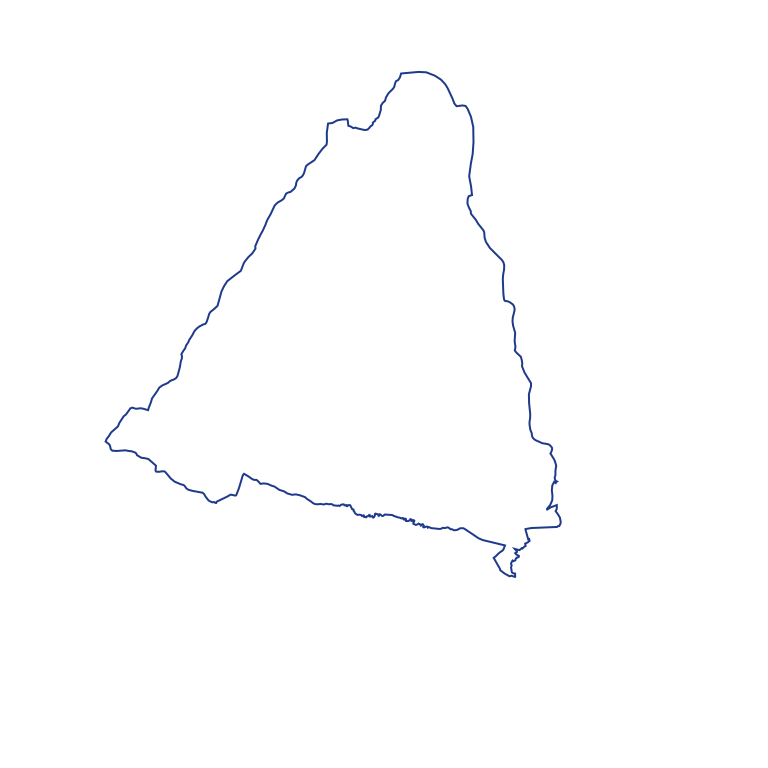 the district of Capu Campului, Suceava, Romania, rotated 48°
{"feature_id": "2599482B47808933658388", "entity_name": "Capu Campului", "entity_type": "district", "adm_level": 2, "iso_a3": "ROU", "parent_name": "Romania", "parent_adm1": "Suceava", "projection": "mercator", "projection_center": [25.961, 47.503], "detail": "fine", "context": "isolated", "style": "outline", "palette": "blue", "viewbox_px": 768, "rotation_deg": 48, "n_neighbors": 0, "source": "geoboundaries", "source_scale": "gbopen_adm2", "svg_char_len": 6165}
<svg xmlns="http://www.w3.org/2000/svg" viewBox="0 0 768 768"><g transform="rotate(48 384 384)"><path d="M357.1,590.7L358.0,589.3L359.5,588.9L360.1,588.3L359.5,587.1L362.7,576.1L363.6,572.0L367.6,569.0L367.7,568.1L364.3,561.4L357.3,549.9L357.1,548.1L361.9,546.6L366.8,545.5L368.4,544.6L370.0,542.9L372.3,542.6L375.6,542.6L377.3,540.0L380.4,537.3L383.7,535.9L387.0,534.0L392.7,532.6L397.1,530.0L400.4,529.2L404.8,526.5L407.1,523.3L410.5,520.9L415.2,518.4L417.6,518.2L422.4,516.9L425.0,516.5L427.3,515.5L429.4,513.3L430.5,511.6L433.3,509.3L434.1,507.4L434.8,506.6L436.0,505.9L437.9,503.6L439.1,502.9L440.4,502.7L443.2,500.2L443.8,499.2L444.7,498.8L445.0,498.4L445.0,496.8L445.8,495.3L446.6,494.4L447.7,494.6L448.1,494.2L448.7,493.0L449.0,492.8L449.8,493.4L450.1,493.2L450.3,491.4L451.1,490.4L451.7,490.3L455.7,491.4L457.0,490.7L457.9,491.5L459.0,491.4L460.1,491.9L461.3,491.9L463.4,491.4L464.5,489.9L465.9,488.7L467.5,488.7L467.7,487.3L467.9,487.1L468.3,486.9L469.6,487.7L470.2,486.8L471.1,486.5L471.0,485.2L471.6,484.1L471.4,482.6L472.1,482.3L473.2,483.0L474.4,481.1L475.6,481.5L476.0,481.5L476.1,481.1L476.2,480.3L475.5,478.6L474.7,477.9L474.5,477.5L474.6,477.1L477.0,475.6L478.0,476.2L478.5,476.1L478.0,474.3L478.4,474.0L480.4,473.8L481.1,473.5L481.4,472.9L481.6,470.7L486.6,465.8L487.4,465.3L488.7,465.0L489.4,464.5L492.4,462.9L494.2,461.5L495.5,461.1L495.8,460.6L496.1,459.7L496.6,459.4L497.7,460.0L498.2,459.8L498.2,458.7L498.5,458.1L499.2,458.1L499.7,459.0L500.6,459.3L501.6,458.3L502.2,457.2L502.4,456.2L502.1,454.8L503.4,454.2L504.2,455.1L504.6,454.6L505.1,453.0L506.0,453.0L506.4,453.6L506.5,454.6L506.8,455.2L507.6,455.7L510.0,454.6L510.6,453.5L511.0,451.6L512.9,451.0L513.6,451.4L513.9,451.4L513.8,449.3L514.1,449.0L515.9,449.2L516.2,449.5L516.2,450.3L516.6,450.6L517.3,450.3L518.3,448.0L518.7,447.4L519.2,447.2L520.1,447.5L520.3,446.4L522.7,445.3L528.3,440.3L529.3,439.2L529.9,438.1L530.2,436.5L531.8,435.2L533.1,432.6L534.4,432.0L536.4,431.8L537.3,430.7L539.5,429.9L540.7,428.3L541.4,427.1L542.2,423.9L544.1,421.7L545.4,421.1L562.1,416.9L566.1,415.0L584.9,402.1L587.0,406.2L587.1,407.3L586.7,410.0L586.6,412.7L586.8,416.1L586.6,418.8L598.9,421.5L600.3,422.2L605.5,421.2L610.8,419.4L611.2,418.8L611.7,417.6L615.0,415.8L614.7,415.1L613.6,414.4L612.6,413.4L611.0,414.7L609.5,415.0L605.3,412.3L604.1,410.4L602.6,409.9L601.8,408.4L601.4,407.3L601.3,406.5L602.2,406.4L602.9,404.4L602.0,402.9L601.9,401.4L602.4,400.9L602.6,399.3L601.9,398.8L599.0,399.8L597.5,399.7L597.8,397.5L597.1,397.2L594.0,397.2L598.1,394.5L598.2,391.4L598.9,391.2L598.8,388.9L599.1,387.1L597.1,385.9L597.9,383.1L598.0,380.8L596.3,379.9L596.0,380.8L587.5,376.6L586.5,375.9L589.6,370.9L606.0,351.1L606.1,349.8L606.8,348.8L606.0,346.5L604.7,344.9L600.8,342.6L596.2,341.8L593.4,341.6L592.5,339.5L592.0,338.7L589.6,336.6L587.2,342.8L586.5,346.7L585.9,346.5L585.1,341.4L583.0,336.8L579.9,333.7L575.3,330.4L572.0,326.8L570.6,323.1L572.5,322.7L572.1,321.5L572.2,320.7L571.3,321.1L569.8,321.0L568.2,320.1L567.6,319.6L566.4,317.5L563.0,314.5L561.9,313.0L561.2,312.4L560.6,311.3L559.0,310.2L555.3,308.5L553.2,307.9L547.0,306.8L546.7,305.7L545.1,302.8L543.9,301.9L543.1,301.7L540.2,301.7L538.4,302.4L533.9,306.0L527.0,309.0L524.9,309.4L523.2,309.3L521.8,308.8L519.3,307.1L516.0,305.9L512.1,303.4L509.8,301.5L507.0,298.1L504.0,295.3L495.2,288.9L488.5,283.1L484.1,276.3L481.8,274.2L469.5,271.9L463.0,269.5L461.3,267.5L458.2,265.5L455.4,264.1L449.2,264.6L446.7,264.4L444.3,261.4L439.6,258.3L433.8,252.3L427.0,249.0L423.6,246.7L421.0,244.1L416.5,237.5L414.7,236.1L412.9,235.3L411.1,235.0L407.4,235.8L405.6,236.6L403.1,238.5L402.1,238.4L401.0,237.9L396.3,234.5L385.3,225.3L381.9,221.6L379.3,218.2L376.2,215.2L373.4,213.8L370.8,213.4L353.9,214.3L346.7,213.2L342.7,211.4L338.3,208.0L336.2,207.3L327.8,206.8L323.4,205.9L316.2,205.5L315.0,205.0L313.7,203.9L309.9,202.9L305.8,201.3L302.5,198.0L301.1,195.3L302.5,192.2L295.6,187.2L286.6,181.7L278.2,171.8L272.5,164.3L264.2,155.7L252.7,145.7L243.7,140.6L235.6,137.8L232.0,137.3L229.5,139.3L226.1,144.2L222.5,144.0L217.7,142.1L206.9,138.8L202.2,137.9L195.9,138.0L188.9,139.9L180.7,144.0L175.2,149.5L164.7,163.5L166.8,167.0L167.6,169.9L167.0,172.6L168.4,175.2L170.0,177.5L170.6,179.6L170.9,186.0L172.3,190.6L174.3,193.9L174.2,196.7L175.1,200.0L178.2,203.0L181.4,208.3L182.1,210.0L181.6,213.1L182.5,214.5L182.3,216.2L182.4,217.5L183.4,218.4L183.8,219.8L183.5,221.8L183.9,223.8L183.9,226.0L183.2,227.3L182.1,228.6L177.3,232.0L174.3,233.8L173.2,235.7L170.7,236.3L168.2,237.7L164.2,234.8L162.8,234.1L159.5,238.0L156.8,242.3L155.5,247.7L153.0,251.3L159.1,258.5L165.8,264.3L167.7,266.6L168.0,272.0L169.2,278.7L171.1,285.9L169.9,293.9L170.0,296.3L173.6,302.0L174.7,304.7L174.9,306.6L174.3,309.8L174.8,312.7L175.8,314.6L177.5,316.6L178.8,319.8L178.7,325.0L177.7,326.8L177.0,329.4L179.1,334.3L179.0,337.1L178.1,341.1L178.0,343.0L178.2,345.8L182.1,355.1L183.7,360.1L184.9,362.9L186.3,365.4L189.0,371.7L189.8,374.2L192.2,380.4L195.4,387.4L197.4,389.0L198.8,394.6L198.9,399.6L199.7,404.9L200.4,407.4L204.1,414.6L203.3,422.9L202.7,431.7L204.3,437.5L206.4,442.7L214.5,455.4L214.6,460.1L214.3,465.0L215.1,467.4L216.7,469.8L219.2,474.3L219.8,476.3L218.7,478.8L217.7,482.8L217.5,485.7L217.8,489.3L219.5,493.9L221.0,499.5L222.0,501.4L222.9,505.2L224.5,508.0L225.1,511.0L226.3,514.7L228.2,515.5L229.7,517.1L231.2,519.8L235.0,524.6L238.9,530.6L239.9,532.3L240.5,534.6L240.0,537.2L238.9,539.9L238.6,541.3L238.6,543.9L236.7,549.8L236.3,553.4L237.4,556.8L239.5,566.0L241.7,569.6L244.4,575.0L245.6,576.8L240.6,579.9L238.9,581.4L237.1,584.1L235.9,585.3L233.2,586.8L232.4,588.7L234.0,596.1L233.8,599.0L235.8,606.6L237.5,610.1L237.4,619.2L238.6,623.2L239.2,626.7L240.5,629.4L244.8,628.6L246.3,628.8L249.7,630.7L251.8,630.5L254.8,627.6L260.2,620.6L263.4,618.2L264.7,616.8L268.4,614.8L270.0,614.6L271.6,615.2L276.4,613.7L279.2,611.3L282.1,609.3L292.0,608.1L292.7,608.7L295.2,611.5L296.0,611.9L296.8,611.9L299.1,609.5L299.7,608.3L300.8,606.9L301.7,605.9L302.8,605.4L311.7,605.7L316.6,604.9L322.6,602.1L324.8,600.6L326.3,600.3L329.1,600.7L331.6,600.2L334.9,598.1L343.5,591.5L346.0,591.4L347.8,591.9L352.8,592.3L354.3,592.0L357.1,590.7Z" fill="none" stroke="#1e3a8a" stroke-width="2"/></g></svg>